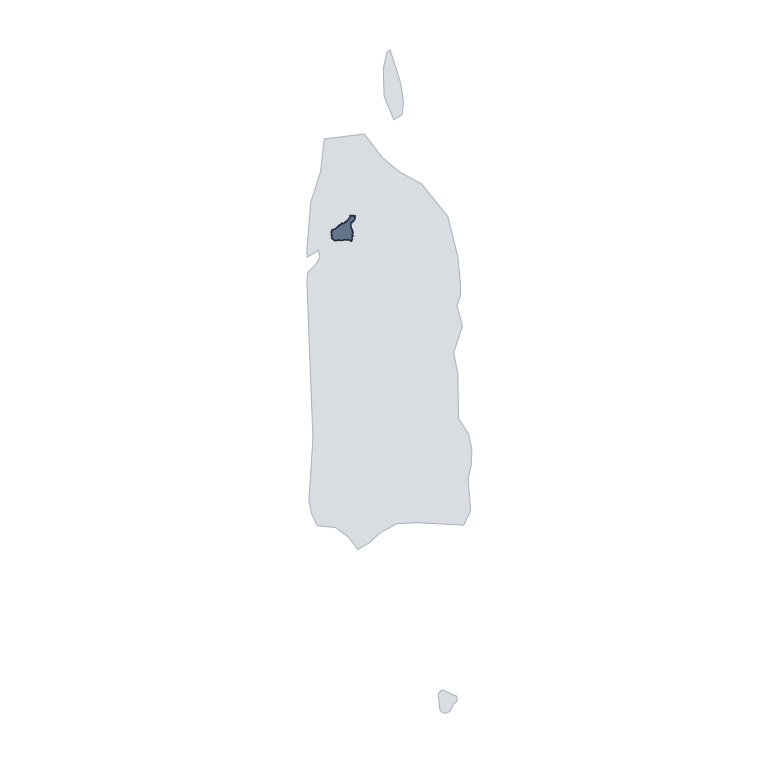 Trujillo Alto, Puerto Rico shown in context, rotated 266°
{"feature_id": "32010507B87242959394677", "entity_name": "Trujillo Alto", "entity_type": "district", "adm_level": 2, "iso_a3": "PRI", "parent_name": "Puerto Rico", "parent_adm1": "", "projection": "robinson", "projection_center": [-65.993, 18.337], "detail": "medium", "context": "in_parent", "style": "filled", "palette": "slate", "viewbox_px": 768, "rotation_deg": 266, "n_neighbors": 0, "source": "geoboundaries", "source_scale": "gbopen_adm2", "svg_char_len": 2820}
<svg xmlns="http://www.w3.org/2000/svg" viewBox="0 0 768 768"><g transform="rotate(266 384 384)"><path d="M506.6,323.1L514.4,328.8L522.0,328.0L515.9,316.2L521.5,316.2L569.8,323.4L600.8,335.7L632.7,341.5L634.8,381.8L610.2,397.9L594.1,414.7L581.0,435.4L546.6,459.4L505.1,466.6L477.5,467.2L467.2,466.5L457.1,462.3L436.3,466.3L410.5,455.7L388.4,458.4L344.5,455.9L328.1,465.0L312.4,467.1L296.9,465.4L283.8,461.3L251.3,461.6L237.6,453.7L243.3,407.8L243.8,387.0L235.9,369.9L227.1,359.1L220.8,346.4L233.6,338.0L244.1,325.8L247.4,307.4L258.9,302.9L272.4,300.8L334.5,309.3L491.7,314.2L500.7,315.7L506.6,323.1ZM684.0,421.4L664.2,423.2L651.4,420.8L647.0,412.2L671.0,404.2L698.9,405.3L715.0,410.2L716.9,413.4L684.0,421.4ZM67.3,434.6L65.0,434.9L62.6,434.6L61.5,433.8L59.9,431.2L52.8,426.8L51.1,422.8L52.7,418.6L55.7,417.0L70.2,416.5L71.7,416.9L74.6,419.8L74.7,421.9L73.2,423.9L70.7,428.9L69.6,430.2L68.8,431.5L68.4,433.8L67.3,434.6Z" fill="#d9dde1" stroke="#a8b0b8" stroke-width="1"/><path d="M539.3,341.9L538.6,342.1L538.4,342.2L537.5,342.2L536.9,342.0L536.3,342.0L536.1,341.8L535.9,341.8L535.7,341.9L535.8,342.3L534.8,342.4L532.9,342.0L531.9,343.1L531.2,343.9L530.6,344.8L530.3,344.9L530.3,345.3L530.5,345.8L530.4,346.5L530.6,347.1L530.5,347.4L530.5,348.1L530.5,348.6L531.0,349.0L530.5,349.5L530.5,350.0L530.1,351.1L530.0,351.9L530.3,352.2L530.3,352.7L530.4,353.5L530.8,354.9L530.4,355.4L530.4,355.8L530.4,356.4L530.2,357.0L530.3,357.6L530.1,357.8L530.1,358.4L530.2,358.7L530.3,359.3L529.8,360.1L528.9,360.6L529.0,361.4L528.8,361.5L528.9,361.8L529.5,361.7L530.3,362.3L531.3,362.5L531.6,362.2L532.7,362.3L533.0,362.5L533.8,363.6L534.1,362.9L534.6,362.6L535.1,362.6L535.4,362.9L536.0,363.0L536.9,363.6L537.5,363.8L537.6,363.5L538.5,363.2L538.5,362.9L539.0,362.9L539.9,363.3L540.4,363.2L541.3,362.3L542.1,362.2L542.7,361.9L543.3,362.0L546.2,362.1L547.1,362.2L547.3,362.2L547.4,362.3L547.1,362.7L547.2,363.0L547.5,363.1L547.4,363.4L547.7,363.5L548.2,364.2L548.1,364.4L548.6,365.1L549.1,365.1L549.3,365.4L549.9,366.0L550.2,366.2L550.9,366.7L551.8,366.4L552.2,366.7L552.9,366.9L553.7,367.0L553.6,366.7L553.8,366.0L553.4,365.4L554.3,365.0L554.2,364.1L553.9,363.6L554.2,362.9L554.6,362.6L554.6,362.3L554.1,361.7L553.8,361.6L553.6,361.7L552.5,361.8L552.2,361.6L551.8,361.0L551.7,360.6L551.2,360.4L550.7,359.9L550.2,359.8L549.7,358.9L549.7,358.6L549.0,358.5L548.5,357.7L548.7,357.2L548.7,356.8L548.4,356.6L547.7,356.6L547.5,356.4L547.4,355.9L546.8,355.2L546.9,354.6L547.5,353.5L546.9,353.4L546.8,353.0L546.9,352.5L546.1,352.3L545.9,351.4L545.7,351.0L545.5,350.9L545.4,349.8L544.4,349.7L544.0,349.5L544.0,348.8L543.8,348.2L543.6,347.9L543.5,347.7L541.8,346.0L541.8,345.6L541.9,344.9L541.8,344.7L541.4,344.1L541.4,342.8L541.0,342.7L540.7,342.7L539.8,342.4L539.5,341.9L539.3,341.9Z" fill="#64748b" stroke="#1e293b" stroke-width="1.5"/></g></svg>